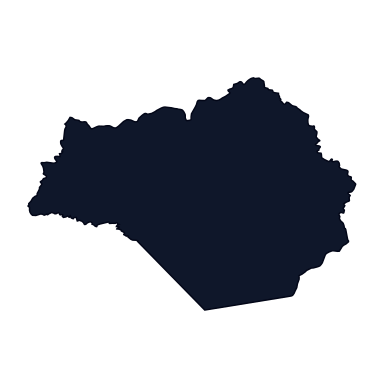 the district of Vallecillo, Francisco Morazán, Honduras, rotated 273°
{"feature_id": "27666195B71251784838701", "entity_name": "Vallecillo", "entity_type": "district", "adm_level": 2, "iso_a3": "HND", "parent_name": "Honduras", "parent_adm1": "Francisco Morazán", "projection": "equal_earth", "projection_center": [-87.364, 14.533], "detail": "fine", "context": "isolated", "style": "filled", "palette": "ink", "viewbox_px": 384, "rotation_deg": 273, "n_neighbors": 0, "source": "geoboundaries", "source_scale": "gbopen_adm2", "svg_char_len": 6000}
<svg xmlns="http://www.w3.org/2000/svg" viewBox="0 0 384 384"><g transform="rotate(273 192 192)"><path d="M163.5,347.0L163.7,346.4L163.9,346.1L166.5,345.5L168.6,344.6L169.6,343.7L170.2,342.6L172.6,340.8L173.3,340.6L175.3,340.9L177.0,339.9L177.4,339.9L178.3,340.2L179.3,341.5L179.4,342.2L178.9,344.1L179.0,344.5L179.3,344.7L181.8,345.1L183.2,344.0L183.7,343.8L184.4,344.1L185.1,344.8L186.4,345.3L187.6,344.2L188.2,344.0L188.5,344.4L188.7,345.1L189.2,345.5L190.2,347.0L191.1,349.2L191.6,349.6L194.8,349.2L196.9,350.1L198.3,348.3L198.8,347.9L199.4,347.9L199.9,348.3L200.0,349.5L200.5,351.2L201.4,352.1L203.3,353.4L208.1,355.0L208.7,354.9L211.3,352.1L211.8,351.0L212.3,350.5L213.0,350.2L214.9,350.3L215.4,350.0L215.9,347.8L216.3,347.1L217.9,346.3L220.2,346.7L220.9,346.6L221.3,346.3L221.7,345.6L222.0,344.6L222.8,339.8L224.5,337.8L225.1,337.5L225.9,337.9L226.5,337.9L228.7,337.4L230.2,336.2L230.4,335.6L230.4,334.3L229.7,331.6L229.7,330.6L230.2,330.1L231.9,330.4L232.2,329.8L231.8,329.1L230.6,328.4L229.8,327.6L229.6,327.1L229.8,326.2L231.4,322.4L233.0,319.7L236.6,319.2L237.5,318.8L237.6,316.1L238.0,315.2L238.7,314.9L239.4,314.9L239.9,315.2L240.1,316.0L240.5,316.5L241.9,316.5L243.3,317.6L244.0,317.7L244.3,317.3L244.6,316.6L245.0,313.6L245.4,313.0L245.9,312.8L246.4,313.2L247.8,314.7L249.1,315.5L249.7,316.8L250.0,316.9L250.5,316.5L250.9,315.5L253.3,313.2L254.0,313.1L256.9,313.6L258.4,313.6L258.9,313.4L260.4,311.6L261.3,310.9L261.9,310.8L262.7,310.9L264.0,310.7L264.3,310.2L263.9,309.1L264.2,306.3L264.5,305.3L265.0,304.9L266.8,304.2L269.3,303.9L271.0,303.9L273.3,304.4L274.4,304.3L275.1,304.0L277.2,298.9L278.8,296.4L279.7,295.4L281.3,292.7L282.2,292.0L282.7,291.1L283.2,288.5L283.6,287.3L286.3,283.7L286.6,281.9L284.6,280.3L284.4,279.6L284.7,278.9L285.3,278.2L286.3,277.5L286.8,276.7L288.1,275.4L289.2,275.8L290.6,274.5L292.0,274.3L293.5,273.4L295.1,273.2L295.4,269.8L295.7,268.4L296.1,267.7L297.4,267.2L297.9,266.8L298.1,263.3L298.4,262.9L299.4,262.3L300.1,259.0L300.5,258.8L301.7,258.8L306.1,257.9L306.7,257.2L308.0,254.7L309.0,253.5L309.2,252.9L308.6,249.1L309.2,247.3L308.5,245.2L307.3,243.4L306.2,242.1L304.7,240.7L302.7,239.3L302.1,238.4L302.1,237.8L304.4,235.7L304.7,234.6L304.5,233.8L302.8,231.6L301.6,228.1L299.1,227.8L298.0,227.3L297.2,225.9L296.7,224.3L295.6,222.6L294.7,223.0L293.4,224.5L292.9,224.7L292.4,224.5L289.2,220.4L287.5,217.4L286.1,215.6L285.1,213.8L284.6,211.8L284.8,209.9L285.2,208.4L287.0,205.6L287.2,203.9L286.9,202.9L284.6,200.9L284.0,200.0L283.9,195.9L284.0,194.5L283.7,193.4L283.1,192.9L282.3,192.5L279.5,191.9L277.1,190.9L270.1,187.4L267.4,187.2L264.4,187.3L263.8,186.8L263.4,185.6L263.0,183.3L263.2,182.7L263.6,182.3L265.5,181.4L268.6,181.2L269.8,180.7L271.8,179.5L272.9,178.5L273.5,177.7L273.8,176.2L274.0,173.8L274.3,172.7L274.4,170.4L275.0,167.1L275.4,160.5L275.1,158.9L274.2,156.9L271.6,152.5L270.3,150.9L268.4,147.7L267.5,144.4L267.4,143.3L267.8,142.4L268.0,141.6L267.8,140.6L267.3,139.8L265.8,138.0L263.0,135.2L259.9,134.0L259.4,133.5L259.1,132.4L259.1,131.1L260.6,127.2L260.9,124.3L260.7,123.0L258.8,120.0L253.8,115.1L252.5,113.5L251.9,112.3L251.9,111.3L252.1,110.1L253.3,107.6L253.8,106.2L253.7,103.7L253.5,102.3L253.0,100.6L252.9,96.1L252.8,95.1L252.0,93.2L250.4,90.2L249.9,89.0L249.8,88.2L250.8,87.0L252.4,85.9L254.4,83.8L255.8,83.0L256.4,82.3L256.5,81.0L256.1,78.6L256.3,77.1L256.5,76.4L257.6,75.3L258.0,71.2L259.8,68.4L260.1,67.2L260.1,66.3L257.1,64.8L254.4,62.8L253.2,61.5L252.4,62.5L251.0,62.9L250.0,62.7L248.4,61.9L246.7,61.6L237.6,61.1L236.8,60.7L236.6,58.8L236.3,58.4L235.7,58.2L234.1,58.3L233.0,58.6L230.8,59.9L229.1,61.3L227.6,61.0L227.3,60.4L226.0,59.9L225.4,60.0L225.4,60.7L224.9,60.7L223.4,59.2L223.5,58.3L223.3,57.7L221.7,58.3L220.4,58.2L220.4,57.5L220.6,56.0L220.5,54.9L220.3,53.7L219.8,53.1L219.1,53.0L218.0,53.4L215.5,55.4L214.8,55.2L214.1,54.3L213.7,53.3L213.5,52.2L214.1,45.4L213.5,42.8L213.5,40.5L213.1,39.9L212.5,39.9L209.9,41.7L207.8,42.5L203.9,43.2L202.9,42.7L202.4,42.6L202.0,43.0L201.1,44.7L200.3,45.8L198.8,45.7L198.4,45.2L197.6,43.0L195.8,42.0L194.4,40.1L194.0,40.1L193.5,40.4L192.6,41.4L191.7,41.5L190.8,41.1L188.7,39.5L187.2,39.5L185.9,39.1L182.4,37.5L180.5,37.5L180.1,37.1L179.5,35.6L177.5,33.3L174.2,31.6L171.9,29.6L170.9,29.8L169.4,29.0L168.1,30.6L165.3,30.7L163.3,31.3L161.5,32.6L160.4,33.9L160.4,37.3L162.1,41.9L162.0,43.9L161.3,45.1L161.2,46.0L162.4,48.1L162.2,48.6L161.8,48.7L161.8,49.1L162.6,50.0L164.2,52.9L163.7,55.1L163.2,55.7L163.1,56.6L163.2,57.4L164.3,59.3L164.4,59.7L164.2,60.1L163.3,60.8L162.7,61.0L162.4,61.3L162.3,61.8L162.6,63.1L162.6,63.9L162.4,64.2L162.1,64.3L161.0,63.8L159.9,64.9L160.5,67.3L161.5,68.9L161.3,69.5L160.5,70.4L160.4,70.8L160.7,71.0L161.8,71.2L162.1,71.6L160.5,72.3L159.7,72.9L159.1,74.7L159.2,75.0L160.1,75.2L160.4,75.5L160.5,77.8L157.1,78.9L157.1,79.5L157.7,80.2L157.9,80.7L157.4,82.4L157.2,83.4L155.8,85.2L154.0,86.3L154.0,86.9L154.2,87.6L155.8,89.2L156.9,91.6L157.0,92.1L156.0,94.0L155.6,94.1L154.7,93.8L154.1,95.5L152.8,97.1L152.4,98.3L152.5,98.7L154.0,99.1L154.3,99.5L155.2,101.7L157.6,109.8L157.6,110.3L157.5,110.7L156.4,111.1L156.3,111.4L156.6,114.0L156.7,117.1L157.4,118.1L157.4,118.8L156.2,119.3L155.8,120.7L154.9,119.2L153.8,118.3L153.5,118.3L153.5,120.6L153.4,121.0L153.1,121.2L152.7,121.0L151.5,119.0L151.2,118.9L151.1,120.9L150.5,123.0L149.4,123.5L148.3,125.9L147.9,126.5L147.2,126.7L146.1,126.1L145.9,126.1L145.2,127.6L144.5,128.7L144.9,129.9L144.8,130.3L144.6,130.5L143.8,130.4L141.6,133.4L140.9,135.1L140.9,138.5L140.3,140.9L139.9,140.8L139.6,140.5L74.8,210.9L93.2,295.8L93.5,296.9L94.1,297.9L96.1,299.2L99.0,300.3L101.9,301.6L105.9,302.1L110.5,303.5L112.6,303.4L113.7,303.1L114.1,303.2L115.6,306.0L118.0,309.0L119.7,310.6L122.1,314.8L122.4,315.5L122.5,317.0L122.9,318.3L124.0,321.6L124.9,323.5L126.2,324.6L128.1,325.8L136.0,328.3L137.6,329.3L139.3,332.0L140.6,335.0L140.7,336.5L140.4,340.5L140.6,342.2L145.6,344.9L147.0,346.5L148.2,348.5L150.4,350.8L151.2,350.9L152.2,350.1L153.8,349.6L162.5,347.5L163.5,347.0Z" fill="#0f172a" stroke="#020617" stroke-width="1.5"/></g></svg>